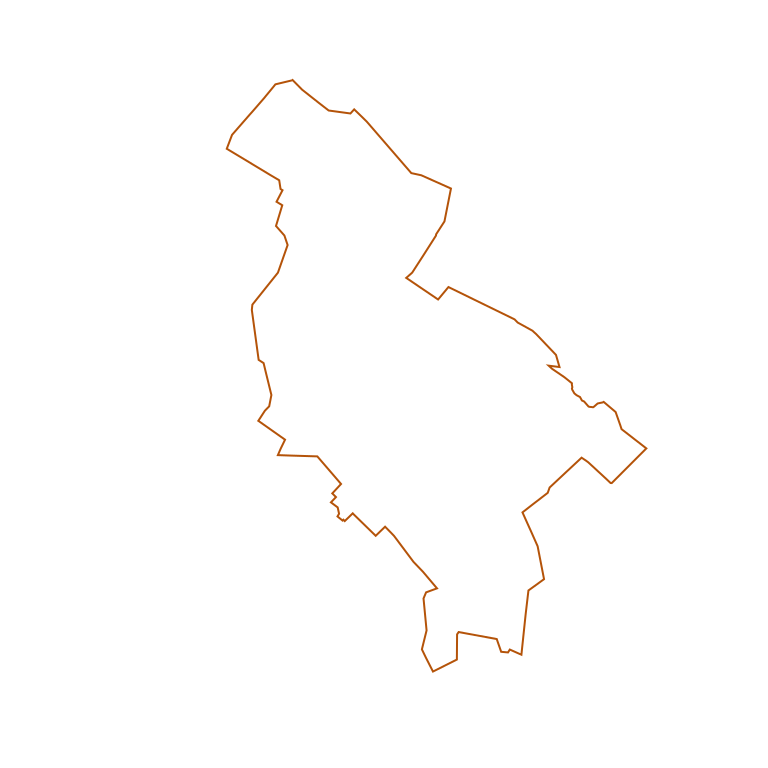 Huachinera, Sonora, Mexico (orthographic projection), rotated 214°
{"feature_id": "50627088B33572074725870", "entity_name": "Huachinera", "entity_type": "district", "adm_level": 2, "iso_a3": "MEX", "parent_name": "Mexico", "parent_adm1": "Sonora", "projection": "orthographic", "projection_center": [-108.938, 30.144], "detail": "fine", "context": "isolated", "style": "outline", "palette": "amber", "viewbox_px": 768, "rotation_deg": 214, "n_neighbors": 0, "source": "geoboundaries", "source_scale": "gbopen_adm2", "svg_char_len": 2038}
<svg xmlns="http://www.w3.org/2000/svg" viewBox="0 0 768 768"><g transform="rotate(214 384 384)"><path d="M645.9,491.1L614.6,492.7L594.8,493.7L584.8,494.3L578.8,487.8L576.5,487.9L575.0,475.0L568.3,475.3L561.9,454.6L549.6,451.4L541.6,445.3L534.2,417.0L537.5,376.2L535.0,371.5L501.4,333.9L495.5,334.0L489.5,328.5L471.2,311.9L466.7,301.3L467.8,295.3L467.6,283.2L434.9,282.5L433.5,272.7L432.2,265.7L421.0,272.7L398.8,286.7L363.7,277.1L365.7,264.4L360.6,263.4L361.8,256.2L353.4,255.8L348.7,251.3L348.5,248.2L346.4,248.0L342.0,247.6L341.8,248.8L339.9,248.4L338.8,253.5L337.6,259.3L336.3,259.0L334.7,258.7L329.7,257.8L306.0,253.5L303.3,266.3L295.9,264.8L290.8,263.7L260.0,253.0L246.6,250.1L225.8,244.2L232.6,234.8L231.3,228.3L210.9,203.5L204.2,185.2L196.3,180.6L182.6,173.0L169.5,196.3L183.4,217.3L183.4,220.1L147.9,235.6L145.8,234.0L137.1,227.5L131.1,230.8L131.2,234.2L118.7,236.4L137.9,272.5L148.8,293.6L142.2,311.7L155.2,324.7L165.9,335.4L180.1,344.3L187.4,348.8L197.4,355.0L193.4,367.3L187.4,385.3L188.7,390.4L188.8,390.8L183.7,413.1L180.3,427.7L179.0,433.4L178.5,433.4L173.4,433.4L170.9,433.3L146.1,429.5L140.8,428.6L139.8,429.2L130.5,477.3L161.8,479.4L165.0,481.9L176.3,490.3L191.9,492.0L192.4,491.0L194.5,488.9L196.0,487.3L197.1,483.1L197.3,482.4L197.7,481.6L199.0,481.0L200.6,480.1L201.7,479.7L201.9,479.7L208.3,481.4L210.7,481.0L214.2,482.8L218.1,482.4L221.0,482.7L224.0,484.2L224.5,484.4L225.6,485.2L226.1,486.7L227.8,488.4L228.6,489.7L238.1,490.5L253.2,490.6L257.7,491.3L248.0,496.2L257.7,504.3L285.9,510.5L288.2,510.8L290.7,511.2L306.4,509.8L307.5,509.7L311.9,510.6L384.8,500.4L386.4,484.3L424.9,484.4L422.9,492.1L423.3,512.6L423.9,535.9L423.9,536.1L424.5,537.2L424.8,552.6L429.6,564.0L437.8,583.5L469.8,577.9L479.3,574.1L545.1,591.9L556.0,593.9L562.3,595.0L563.1,589.5L582.8,579.8L595.0,580.6L616.4,582.2L629.8,584.9L629.9,584.5L630.5,583.8L636.1,577.7L641.6,571.7L642.1,566.0L643.0,556.9L643.2,554.4L644.5,543.8L644.5,543.7L645.5,535.6L646.0,532.0L649.3,505.6L645.9,491.1Z" fill="none" stroke="#b45309" stroke-width="2"/></g></svg>